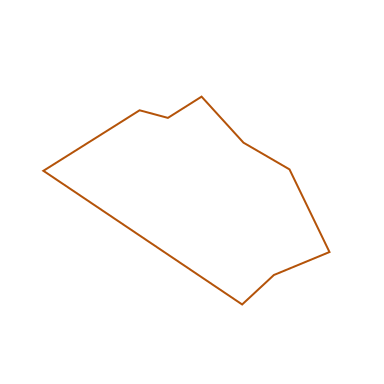 outline of Pedra Preta, Rio Grande do Norte, Brazil, rotated 106°
{"feature_id": "56859067B59670675388147", "entity_name": "Pedra Preta", "entity_type": "district", "adm_level": 2, "iso_a3": "BRA", "parent_name": "Brazil", "parent_adm1": "Rio Grande do Norte", "projection": "robinson", "projection_center": [-36.101, -5.53], "detail": "fine", "context": "isolated", "style": "outline", "palette": "amber", "viewbox_px": 384, "rotation_deg": 106, "n_neighbors": 0, "source": "geoboundaries", "source_scale": "gbopen_adm2", "svg_char_len": 319}
<svg xmlns="http://www.w3.org/2000/svg" viewBox="0 0 384 384"><g transform="rotate(106 192 192)"><path d="M143.4,104.5L130.4,156.1L97.7,209.1L127.4,235.6L127.9,264.9L133.5,269.9L159.8,293.4L212.6,340.7L219.0,320.8L286.3,112.8L249.2,90.4L211.8,43.3L143.4,104.5Z" fill="none" stroke="#b45309" stroke-width="2"/></g></svg>